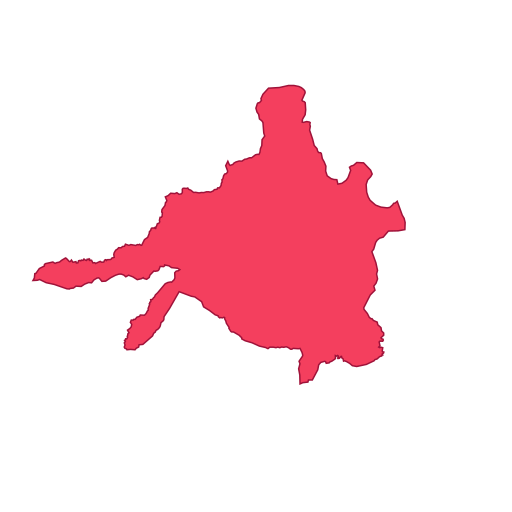 the district of Pital, Huila, Colombia, rotated 129°
{"feature_id": "7082276B7472768394533", "entity_name": "Pital", "entity_type": "district", "adm_level": 2, "iso_a3": "COL", "parent_name": "Colombia", "parent_adm1": "Huila", "projection": "mercator", "projection_center": [-75.81, 2.257], "detail": "fine", "context": "isolated", "style": "filled", "palette": "rose", "viewbox_px": 512, "rotation_deg": 129, "n_neighbors": 0, "source": "geoboundaries", "source_scale": "gbopen_adm2", "svg_char_len": 6152}
<svg xmlns="http://www.w3.org/2000/svg" viewBox="0 0 512 512"><g transform="rotate(129 256 256)"><path d="M327.7,141.3L325.0,139.9L321.3,136.3L319.4,137.2L316.9,134.2L305.6,136.4L301.1,138.8L297.9,138.7L294.7,136.4L294.3,135.5L295.2,133.9L293.0,131.9L291.8,131.9L290.1,130.9L286.4,129.8L285.7,129.8L283.4,131.7L283.0,130.1L281.9,130.0L281.8,129.5L282.6,128.3L283.9,128.4L284.1,127.8L283.0,126.8L280.6,126.8L280.2,126.4L281.2,125.2L281.1,123.6L282.6,121.8L281.8,121.3L281.1,119.4L280.5,115.6L280.6,112.1L278.5,108.2L270.8,102.0L263.1,98.3L261.7,98.4L259.8,97.1L256.4,96.6L254.6,95.4L253.9,95.8L253.2,95.2L252.6,96.3L251.2,95.8L250.2,96.2L250.8,97.5L250.4,98.1L247.5,99.8L248.1,101.2L249.5,102.4L249.6,103.3L247.8,103.1L245.3,106.2L244.2,106.1L242.5,103.9L241.3,104.1L240.7,104.9L241.3,106.5L240.8,107.4L237.2,106.9L235.5,108.3L235.2,111.3L233.0,113.8L232.8,118.1L231.1,120.2L232.2,124.2L231.7,126.4L232.3,127.0L232.4,129.3L230.6,133.3L229.5,138.5L228.4,139.7L214.4,142.7L207.7,142.0L205.3,145.5L201.6,145.6L197.3,147.1L194.1,151.0L190.7,152.5L185.8,158.6L179.7,168.7L176.7,168.8L170.2,171.5L167.5,171.8L164.4,171.2L161.3,169.0L153.3,168.8L147.0,161.4L141.8,156.9L136.1,161.2L133.5,164.6L132.2,168.1L124.6,180.7L127.2,181.1L128.5,182.2L130.2,182.0L134.0,182.6L136.0,184.3L139.4,189.7L141.2,195.1L140.9,202.4L139.6,205.8L136.8,210.1L131.1,215.4L126.6,217.1L122.1,216.8L119.2,217.3L117.2,220.9L115.9,231.0L119.9,236.5L124.2,237.3L126.1,238.6L128.2,239.2L129.9,236.3L137.2,233.8L140.3,233.6L145.3,234.9L148.6,237.6L145.8,241.2L147.5,243.6L148.6,246.3L148.9,251.1L146.2,255.3L142.2,258.2L140.0,262.2L138.6,265.7L135.2,269.8L135.1,270.8L136.2,272.5L135.6,274.3L134.2,276.1L133.5,280.3L129.6,285.5L124.5,293.5L120.9,295.5L120.1,296.8L118.2,297.9L118.3,298.8L119.6,301.2L122.3,303.2L122.9,304.3L120.5,305.9L115.3,306.7L111.2,309.3L105.9,314.2L105.7,315.6L106.3,317.4L106.0,318.4L98.3,320.5L97.1,321.7L96.6,323.7L96.6,326.7L97.3,329.4L99.6,333.8L103.1,338.1L110.4,343.9L117.7,351.9L125.9,352.4L130.6,351.2L131.7,349.7L134.7,349.8L135.7,350.8L136.9,350.8L141.2,349.1L143.5,345.8L144.3,343.0L147.3,339.6L147.3,336.5L147.9,334.6L155.5,327.4L157.3,324.7L161.8,324.5L166.5,321.0L169.8,320.1L172.9,318.2L175.2,317.6L176.2,319.0L177.7,320.1L182.4,321.2L183.8,322.9L186.8,324.5L187.8,325.6L191.2,326.7L192.8,328.9L195.6,330.8L197.6,331.6L199.4,331.6L201.9,333.1L201.7,334.4L200.1,337.5L204.9,336.4L207.7,331.7L208.7,330.9L210.6,330.9L212.0,331.9L214.0,331.7L216.9,330.3L218.1,330.5L219.9,328.9L221.3,328.7L223.2,327.5L226.0,327.3L227.2,328.7L228.7,328.3L230.6,330.1L232.6,330.3L235.2,331.7L235.8,333.1L237.3,334.9L239.6,336.5L241.1,338.5L242.8,339.9L244.5,343.0L245.9,344.5L245.9,348.1L246.6,350.5L246.1,351.8L247.3,352.6L248.6,354.6L249.4,355.3L250.5,355.3L253.0,353.2L254.6,353.1L256.5,354.6L256.6,357.3L258.6,358.4L260.9,361.8L264.4,362.3L267.1,363.7L269.0,360.2L270.5,359.7L271.3,360.0L274.1,358.5L279.0,358.3L280.7,357.3L281.3,356.7L281.3,356.0L284.2,354.0L285.4,353.9L286.3,354.9L289.1,353.5L289.8,352.5L290.8,352.1L292.0,352.2L292.9,353.0L296.0,351.9L297.1,352.4L297.3,351.4L297.8,351.3L298.4,352.9L299.9,354.6L300.5,354.7L302.4,354.0L304.3,354.1L305.5,353.2L309.7,351.9L313.4,353.0L319.6,351.6L320.1,352.1L320.2,353.9L321.1,354.2L321.8,355.4L323.5,356.1L325.9,360.5L327.7,361.4L329.0,364.9L331.2,364.3L332.6,365.7L334.5,366.0L336.0,368.0L337.8,368.0L339.7,368.7L342.6,368.3L344.3,367.5L346.3,365.3L348.2,366.7L349.7,366.6L350.5,367.0L352.5,369.3L353.6,369.4L353.4,370.3L353.7,370.8L354.9,371.0L356.2,370.5L356.9,370.8L358.1,372.3L358.2,373.7L362.8,376.0L362.6,377.1L364.0,378.4L362.8,381.1L364.1,382.5L363.2,383.2L363.2,384.0L364.3,384.1L364.7,385.2L366.1,384.9L366.6,386.0L366.6,387.8L368.3,387.7L369.1,389.2L370.0,389.1L370.5,390.3L371.4,390.9L373.4,390.1L374.5,391.2L373.7,392.4L376.1,394.3L375.3,396.9L377.0,396.8L377.8,397.5L377.2,401.9L377.4,402.8L381.8,404.4L384.4,404.9L386.7,406.8L388.2,407.5L388.5,410.1L394.4,414.8L395.7,415.1L397.0,414.2L402.1,416.5L408.0,416.1L408.9,416.8L412.6,414.4L415.4,413.9L412.5,410.7L410.4,409.3L408.8,402.3L405.1,395.0L400.5,382.3L399.0,380.2L398.3,380.1L395.8,377.7L392.7,376.9L389.7,372.7L385.8,371.5L382.0,369.4L380.3,366.9L376.5,366.9L373.3,365.7L372.0,364.6L371.9,363.6L372.7,359.8L370.1,357.0L364.2,355.2L359.4,353.1L356.3,351.1L354.9,349.4L354.0,346.8L354.1,344.1L351.1,342.9L349.7,338.6L349.1,333.4L345.8,330.8L343.8,330.0L344.0,328.9L342.9,326.3L339.9,325.5L337.6,326.4L331.9,325.9L331.4,324.8L329.3,323.0L327.8,322.8L324.4,323.9L322.4,321.1L320.9,320.8L320.4,321.3L318.4,317.4L318.2,314.4L314.8,309.1L314.5,306.6L316.2,307.0L318.0,308.5L320.2,308.6L324.0,305.3L325.8,304.7L329.5,305.1L329.9,306.0L332.0,307.8L334.7,309.1L346.6,309.3L349.6,309.7L351.8,309.1L353.0,309.4L354.9,309.2L356.2,310.4L357.1,309.3L357.9,309.0L358.8,309.4L359.4,308.9L360.3,308.9L360.7,308.1L364.5,306.9L366.0,305.6L367.0,305.8L369.8,305.2L372.2,305.4L374.7,308.8L376.1,308.5L378.6,310.1L381.3,310.0L382.1,311.1L383.1,311.1L384.3,312.6L386.6,311.9L387.3,309.6L389.5,308.4L391.6,308.4L394.5,309.2L395.6,306.4L397.3,306.6L398.1,305.9L399.5,305.5L399.8,304.7L401.6,304.3L402.4,305.2L403.1,304.7L404.3,305.1L404.7,303.7L406.4,303.7L407.6,301.7L409.7,301.1L410.2,299.8L409.7,298.2L410.1,297.3L407.6,294.8L405.0,291.0L403.0,291.0L400.6,289.9L398.6,291.0L395.9,288.3L383.2,286.1L380.5,286.9L378.5,286.4L377.2,286.8L376.0,286.8L375.2,286.2L372.4,286.0L370.6,286.4L367.6,287.9L365.2,287.4L363.6,287.5L361.0,289.3L351.1,290.2L332.1,293.3L328.0,281.0L326.3,277.8L325.7,269.5L328.5,264.7L327.6,257.9L327.4,250.7L326.3,247.9L326.9,247.0L326.9,245.2L326.0,244.7L325.3,243.2L323.8,242.4L323.6,241.6L324.6,240.7L325.5,238.6L326.9,236.7L328.4,232.1L329.3,231.5L330.4,228.2L330.4,227.2L329.2,225.7L328.1,218.6L328.5,217.7L328.4,215.9L329.4,214.9L328.7,211.1L325.9,204.4L323.9,196.7L321.0,190.8L320.6,188.7L320.1,188.2L318.6,188.1L318.0,187.7L315.9,185.1L314.7,182.8L313.1,181.7L312.3,179.8L310.6,178.8L309.5,177.0L307.5,175.4L306.8,173.1L306.7,170.6L305.9,169.5L304.4,169.0L301.4,164.7L300.1,163.6L302.0,159.5L303.7,157.2L304.7,156.8L310.7,156.3L312.1,154.0L316.8,151.9L321.0,147.0L327.7,141.3Z" fill="#f43f5e" stroke="#9f1239" stroke-width="1.5"/></g></svg>